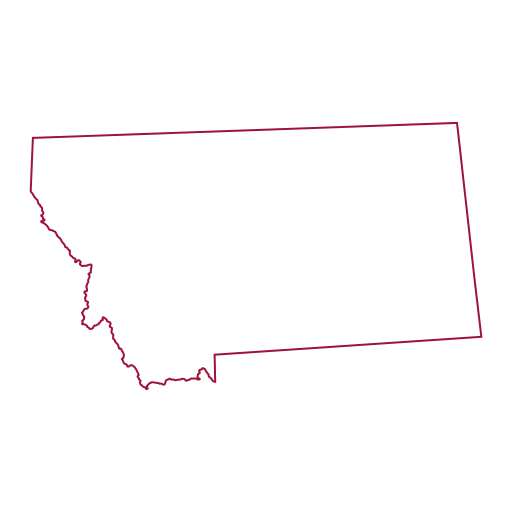 SVG path tracing the border of Montana
{"feature_id": "USA-3515", "entity_name": "Montana", "entity_type": "State", "adm_level": 1, "iso_a3": "USA", "parent_name": "United States of America", "parent_adm1": "", "projection": "albers", "projection_center": [-112.826, 46.685], "detail": "fine", "context": "isolated", "style": "outline", "palette": "rose", "viewbox_px": 512, "rotation_deg": 0, "n_neighbors": 0, "source": "natural_earth", "source_scale": "10m", "svg_char_len": 5839}
<svg xmlns="http://www.w3.org/2000/svg" viewBox="0 0 512 512"><path d="M32.9,137.9L457.0,122.9L458.2,133.1L474.2,276.2L480.9,333.1L481.3,336.8L214.6,354.7L215.2,381.8L213.5,381.4L212.9,380.9L211.7,379.5L211.1,378.4L210.5,377.8L210.1,377.5L209.5,377.2L209.0,376.7L208.7,376.0L208.6,374.6L208.5,374.2L208.3,374.0L207.6,373.6L207.4,373.4L207.1,372.7L205.5,370.3L205.1,369.4L204.7,369.1L203.3,368.3L202.8,368.2L202.5,368.2L202.3,368.4L201.9,369.1L201.7,369.4L200.1,369.7L199.6,370.0L199.2,370.4L199.1,371.0L199.7,372.1L199.7,372.4L199.7,373.0L199.3,373.4L198.3,373.8L198.1,374.0L198.0,374.3L198.0,374.8L197.7,375.7L197.6,376.3L197.6,376.9L197.8,377.5L197.9,377.8L198.2,378.2L199.3,378.6L199.5,378.7L199.7,378.9L199.7,379.2L199.4,379.4L198.4,379.5L198.0,379.5L196.1,378.6L195.7,378.5L191.5,378.5L190.9,378.6L189.0,379.9L187.5,380.2L186.4,380.7L186.1,380.7L185.8,380.6L185.6,380.4L185.0,379.5L184.7,379.3L183.7,378.9L182.1,378.8L181.4,379.0L181.0,379.3L180.6,379.5L179.8,379.6L179.2,379.5L175.6,380.2L175.2,380.2L174.3,379.8L173.2,379.5L171.1,379.5L170.8,379.4L170.3,378.9L169.7,378.7L169.4,378.7L169.1,378.8L168.6,379.3L166.7,379.9L166.1,380.4L165.8,380.9L165.5,382.1L164.9,383.9L164.7,384.2L164.3,384.4L163.7,384.7L163.0,384.6L162.0,383.8L161.2,383.6L159.4,383.7L158.8,383.2L158.6,383.1L153.9,382.5L152.6,382.2L151.8,382.2L150.9,382.8L149.8,383.1L149.6,383.2L147.4,385.5L147.1,385.9L146.9,386.5L146.9,386.8L147.0,387.0L147.6,388.2L147.6,388.5L147.4,388.8L146.8,389.1L146.5,389.1L146.2,388.9L145.2,387.5L144.9,387.3L143.2,386.8L142.9,386.6L141.9,385.3L140.6,384.6L140.4,384.3L140.3,383.5L140.0,382.7L139.9,382.5L140.1,381.9L140.5,381.0L140.5,380.7L140.4,380.4L140.1,380.2L139.2,379.6L139.0,379.3L139.0,378.7L138.8,378.2L137.8,377.0L137.7,376.8L137.6,376.5L137.6,376.3L137.8,376.0L138.5,375.3L138.6,375.1L138.7,374.8L138.5,374.2L137.8,372.8L137.4,371.8L136.8,370.9L136.4,369.6L135.5,368.6L134.9,367.5L134.2,366.8L133.3,366.0L132.3,365.5L131.4,365.2L130.7,365.2L130.2,365.4L129.0,366.5L127.9,366.6L127.5,366.5L127.3,366.3L127.1,365.1L126.3,364.5L124.5,363.6L124.1,363.3L123.7,362.8L123.5,362.3L123.0,360.8L122.5,359.8L122.1,359.5L121.9,359.0L122.0,358.7L123.1,358.0L123.4,357.6L123.5,357.4L123.6,357.1L123.9,355.4L123.7,354.2L122.9,352.2L121.7,350.4L121.6,350.2L121.3,349.2L121.1,348.8L120.8,348.7L119.5,348.7L119.2,348.6L119.0,348.4L118.9,347.4L118.9,347.2L118.3,346.3L118.1,345.1L117.8,344.4L117.2,343.8L116.6,343.3L115.9,342.4L115.2,341.8L115.1,341.5L114.9,340.4L114.5,339.8L113.6,339.1L113.2,338.6L113.1,338.4L113.1,337.8L113.2,336.8L113.3,334.8L113.2,334.5L112.9,334.1L111.8,333.2L111.7,332.8L111.6,332.2L111.4,331.7L111.5,331.0L111.8,330.2L112.0,329.6L111.9,328.3L111.8,327.9L111.4,327.5L110.2,327.0L109.9,326.7L109.8,326.4L109.9,325.4L110.1,324.8L110.6,323.8L110.6,323.5L110.4,322.9L110.1,322.5L109.5,322.1L107.6,321.4L107.1,321.1L106.9,320.8L106.8,320.2L106.6,319.7L105.7,318.8L104.4,317.8L103.1,317.3L102.8,317.5L102.6,317.9L102.6,318.5L102.8,319.4L102.8,319.6L102.8,319.9L102.5,320.1L101.3,320.5L100.9,320.8L100.1,322.4L99.0,323.2L98.7,324.0L96.8,324.9L95.7,325.6L94.8,325.6L94.2,325.7L94.0,325.9L93.7,326.3L93.1,327.7L93.0,328.0L91.3,328.9L90.9,329.0L90.1,328.9L89.7,328.8L89.4,328.5L89.1,328.0L87.4,326.9L87.2,326.6L87.0,326.0L86.9,325.7L85.6,324.7L83.5,324.2L82.2,324.1L82.1,323.9L82.1,323.7L82.5,323.0L82.7,322.5L82.7,322.1L82.3,321.3L82.3,321.0L82.3,320.7L83.3,319.9L83.8,319.3L84.0,319.0L84.1,318.5L84.1,318.2L84.0,317.3L84.2,316.8L84.1,316.5L83.9,316.1L82.7,314.7L82.5,313.7L82.2,313.2L82.1,312.8L82.1,312.5L82.9,311.8L83.4,310.8L84.3,309.3L84.9,308.9L86.5,308.8L87.0,308.6L88.1,307.6L88.3,307.3L88.4,307.0L88.3,306.6L87.5,305.3L87.4,304.8L87.3,304.5L87.4,303.8L87.9,302.8L88.0,302.5L88.0,302.1L87.8,301.8L85.7,300.9L85.4,300.6L85.3,300.2L85.4,299.6L85.4,299.2L85.1,298.7L85.0,298.3L85.0,297.9L85.2,297.3L86.1,296.0L86.2,295.7L86.2,295.1L86.0,294.5L84.5,292.9L84.4,292.6L84.3,292.3L84.4,291.8L84.7,291.5L84.9,291.4L86.4,291.2L86.7,291.1L87.0,290.6L87.0,290.0L86.8,288.2L86.6,287.3L86.3,286.7L86.3,286.4L86.4,286.1L86.9,285.2L87.1,284.3L87.2,283.7L88.2,282.3L88.2,281.7L88.2,281.0L88.2,280.3L88.3,279.7L88.5,279.1L89.4,277.2L89.6,276.5L89.6,276.2L89.5,275.6L89.2,275.0L88.7,274.4L88.5,274.0L88.6,273.7L88.8,273.6L90.0,273.1L90.5,272.8L90.8,272.4L90.9,272.1L90.6,271.1L90.7,270.6L91.1,269.8L91.1,269.5L91.0,268.6L91.1,268.3L91.4,267.5L91.5,266.9L91.6,265.9L91.5,265.2L91.3,264.8L91.1,264.6L90.8,264.5L90.2,264.5L87.7,265.1L86.9,265.6L86.1,265.9L85.6,265.9L84.7,265.6L83.6,266.0L82.5,266.1L81.5,265.7L80.7,265.1L80.0,264.4L79.9,263.9L79.9,263.6L80.0,263.3L80.6,262.7L80.6,262.4L80.6,262.0L80.0,261.1L79.1,260.4L78.6,260.2L78.0,260.3L77.2,261.0L76.3,262.0L75.8,262.2L75.4,262.1L75.2,261.9L75.2,261.6L75.2,261.3L75.4,260.0L75.5,259.7L75.5,259.3L75.3,258.9L74.9,258.5L73.8,258.2L73.2,257.9L72.0,256.5L70.9,255.7L70.3,255.2L70.0,254.4L69.8,253.2L69.7,252.3L70.0,251.1L69.9,250.8L69.7,250.5L68.5,249.7L67.1,247.7L66.8,247.6L65.6,247.1L65.1,246.7L64.8,245.2L61.7,241.4L61.2,240.1L60.2,238.6L59.8,238.2L58.8,237.5L57.9,236.3L57.1,235.7L57.0,235.4L56.8,234.6L56.2,233.7L55.9,232.9L55.5,232.3L55.3,231.9L55.0,231.7L51.7,230.2L49.9,229.8L49.3,229.6L48.9,229.1L48.2,227.6L47.7,226.7L46.2,224.9L43.6,223.0L42.1,222.5L41.6,222.2L41.3,221.9L41.2,221.6L41.3,221.3L41.4,221.1L41.7,220.9L43.8,220.7L44.2,220.4L44.4,220.2L44.5,220.0L44.4,219.6L43.1,218.8L42.9,217.6L42.7,217.0L42.3,216.7L41.4,216.0L41.2,215.7L41.2,215.4L41.4,215.3L42.5,214.6L42.9,214.2L43.0,214.0L43.4,213.2L43.3,212.7L43.1,212.1L42.1,210.5L42.0,210.1L42.1,208.7L42.0,208.0L41.8,207.5L41.6,207.3L40.5,206.5L40.3,206.2L40.2,205.4L40.0,204.9L38.7,204.0L38.5,203.7L38.3,203.4L37.7,200.8L37.4,200.0L37.1,199.7L36.3,199.2L35.2,197.8L34.5,197.2L34.1,196.3L33.3,195.0L32.9,194.2L31.9,192.8L31.1,192.0L30.8,191.5L30.7,191.1L32.9,137.9Z" fill="none" stroke="#9f1239" stroke-width="2"/></svg>